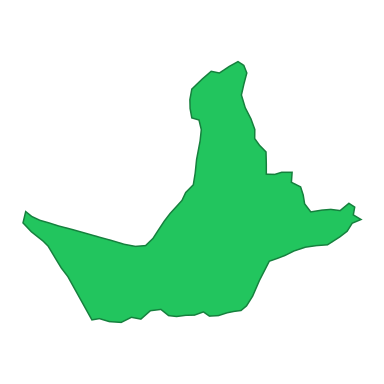 outline of Sobrado, Paraíba, Brazil
{"feature_id": "56859067B78982550953926", "entity_name": "Sobrado", "entity_type": "district", "adm_level": 2, "iso_a3": "BRA", "parent_name": "Brazil", "parent_adm1": "Paraíba", "projection": "natural_earth1", "projection_center": [-35.255, -7.167], "detail": "fine", "context": "isolated", "style": "filled", "palette": "green", "viewbox_px": 384, "rotation_deg": 0, "n_neighbors": 0, "source": "geoboundaries", "source_scale": "gbopen_adm2", "svg_char_len": 1303}
<svg xmlns="http://www.w3.org/2000/svg" viewBox="0 0 384 384"><path d="M23.0,222.9L31.4,231.8L43.0,241.0L48.1,246.1L56.2,259.6L61.3,268.0L67.8,276.5L91.9,319.9L99.4,318.6L109.3,321.6L121.2,322.4L131.4,317.3L140.9,319.1L150.4,310.7L160.9,309.4L168.6,315.6L176.6,316.5L185.7,315.3L194.5,315.1L203.4,311.9L209.4,316.1L218.4,315.6L227.1,312.8L234.0,311.4L241.0,310.5L246.5,305.9L252.6,296.2L259.5,280.3L269.3,261.2L277.6,258.3L285.3,255.3L293.9,251.0L305.3,247.2L316.5,245.6L327.5,244.8L339.8,236.9L347.1,231.3L352.2,223.2L361.0,219.5L353.3,214.9L354.7,207.1L348.9,203.3L340.1,210.6L330.8,209.4L322.0,210.1L310.8,211.9L304.6,203.8L303.2,195.0L300.6,186.9L291.4,182.3L292.1,172.3L281.6,172.3L274.8,174.4L266.3,174.2L266.3,164.2L266.0,151.9L259.5,145.3L254.7,138.6L254.8,129.5L251.0,119.0L245.2,107.7L241.4,95.0L243.9,84.0L246.8,73.0L243.8,65.4L238.0,61.6L229.3,66.4L219.4,73.0L211.2,71.3L202.4,78.9L191.8,89.1L189.9,99.6L190.1,108.5L191.8,117.9L199.0,120.0L201.3,129.7L200.1,141.0L196.6,159.4L195.2,173.1L193.3,184.8L185.7,192.5L182.0,200.4L176.5,206.5L170.1,213.5L164.3,221.1L157.9,230.8L153.0,238.4L145.6,245.6L135.4,246.4L124.2,244.3L112.2,240.7L99.4,237.2L87.5,233.8L72.6,229.6L58.3,225.9L49.0,222.9L39.9,220.3L31.8,216.5L25.7,211.6L23.0,222.9Z" fill="#22c55e" stroke="#15803d" stroke-width="1.5"/></svg>